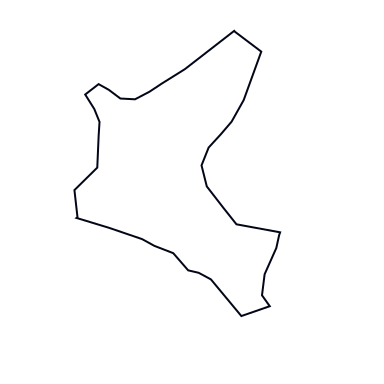 outline of Seongbuk-gu, Seoul, South Korea, rotated 68°
{"feature_id": "91817680B19736947579274", "entity_name": "Seongbuk-gu", "entity_type": "district", "adm_level": 2, "iso_a3": "KOR", "parent_name": "South Korea", "parent_adm1": "Seoul", "projection": "robinson", "projection_center": [127.018, 37.597], "detail": "fine", "context": "isolated", "style": "outline", "palette": "ink", "viewbox_px": 384, "rotation_deg": 68, "n_neighbors": 0, "source": "geoboundaries", "source_scale": "gbopen_adm2", "svg_char_len": 639}
<svg xmlns="http://www.w3.org/2000/svg" viewBox="0 0 384 384"><g transform="rotate(68 192 192)"><path d="M59.6,92.1L58.4,92.5L75.4,152.5L80.1,179.1L83.1,193.9L84.7,210.1L78.5,223.4L66.2,230.8L57.0,238.2L61.6,254.5L78.5,251.5L92.4,251.5L104.7,257.4L133.9,270.7L146.2,300.3L172.4,307.6L172.8,308.8L194.0,282.5L217.0,255.9L227.8,247.1L241.7,232.3L263.2,224.9L269.4,216.1L280.1,207.2L325.5,192.7L327.0,162.7L314.0,165.8L295.5,155.5L275.5,134.8L264.7,127.4L262.4,125.4L238.6,162.9L218.6,168.8L192.4,176.2L170.9,173.2L157.0,159.9L149.3,143.7L141.6,128.9L126.2,109.7L87.8,75.2L59.6,92.1Z" fill="none" stroke="#020617" stroke-width="2"/></g></svg>